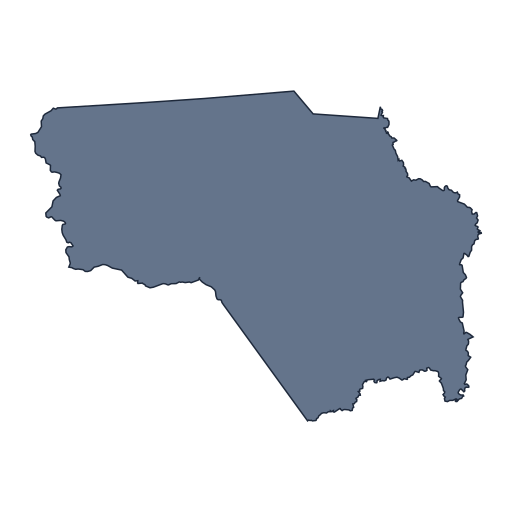 La Mesa, Veraguas, Panama (orthographic projection)
{"feature_id": "35544464B90522605165163", "entity_name": "La Mesa", "entity_type": "district", "adm_level": 2, "iso_a3": "PAN", "parent_name": "Panama", "parent_adm1": "Veraguas", "projection": "orthographic", "projection_center": [-81.193, 8.152], "detail": "fine", "context": "isolated", "style": "filled", "palette": "slate", "viewbox_px": 512, "rotation_deg": 0, "n_neighbors": 0, "source": "geoboundaries", "source_scale": "gbopen_adm2", "svg_char_len": 6033}
<svg xmlns="http://www.w3.org/2000/svg" viewBox="0 0 512 512"><path d="M65.5,223.4L65.1,224.0L62.9,224.4L62.3,225.4L61.8,229.3L62.2,232.6L63.2,235.3L65.9,239.7L66.8,242.2L68.2,242.8L69.4,242.2L70.9,242.7L73.0,245.8L72.8,246.3L71.7,246.9L69.0,246.6L67.4,247.0L65.8,249.8L66.0,252.6L69.0,256.9L69.3,259.6L70.2,262.7L70.2,263.7L68.8,267.1L72.0,267.7L73.3,268.5L75.7,269.3L78.1,269.0L83.1,269.7L85.2,271.4L87.6,271.5L90.7,270.6L94.2,267.1L98.1,266.3L102.7,264.5L105.3,264.7L107.6,265.5L112.3,268.1L121.6,270.1L127.9,277.2L131.7,278.3L135.1,281.0L137.8,280.7L137.6,283.0L138.0,283.5L142.5,283.1L143.0,283.7L145.0,284.7L145.5,285.9L150.0,287.8L153.4,287.2L163.0,283.6L165.3,283.8L167.6,284.8L168.6,284.9L171.1,283.7L176.1,283.6L179.3,281.9L180.5,282.3L182.3,282.0L185.2,282.6L189.4,282.0L191.1,282.7L198.4,280.0L199.4,277.8L200.0,277.4L199.4,278.3L199.4,279.1L202.2,282.0L206.1,284.7L211.3,286.8L214.7,289.9L215.5,291.6L216.0,296.0L217.0,298.9L218.1,299.7L220.1,299.7L221.3,300.3L222.0,302.6L223.8,305.2L307.6,420.9L308.5,420.1L310.1,420.5L311.3,420.3L312.4,420.9L315.8,420.5L316.3,420.0L316.6,418.6L318.0,417.8L318.9,415.7L320.5,414.6L321.4,413.4L323.8,412.7L326.5,413.0L328.4,411.7L330.1,411.7L330.3,410.8L331.2,411.7L333.4,410.6L333.3,411.9L334.4,412.1L339.8,408.5L340.3,408.6L340.5,409.3L342.1,410.6L343.5,409.7L344.7,409.5L348.9,409.9L350.3,410.8L352.2,410.4L352.6,408.1L353.7,407.3L352.8,403.9L354.3,403.7L355.3,402.1L356.6,401.6L356.9,399.8L356.0,398.8L356.0,398.3L358.0,397.0L358.8,395.2L360.3,395.2L360.1,393.9L358.3,391.5L359.9,391.1L359.6,389.8L360.0,389.1L362.6,388.4L362.9,386.6L362.5,384.7L364.2,381.7L364.9,381.4L366.5,381.6L366.8,380.9L365.6,380.8L365.5,380.4L368.3,379.7L373.7,379.2L374.4,380.0L373.9,381.1L374.3,382.0L374.9,382.6L376.5,382.8L376.9,382.6L377.1,380.7L378.9,379.5L380.3,379.3L380.0,381.3L382.6,380.6L384.1,380.9L385.9,380.2L386.6,377.9L387.9,377.0L388.7,377.4L390.0,379.1L394.3,377.7L397.0,377.2L399.2,378.1L401.8,380.0L402.6,379.9L404.1,378.7L407.1,379.4L407.4,379.2L407.4,377.5L409.5,377.2L410.9,375.8L412.8,374.9L414.9,371.5L415.6,371.4L418.9,372.4L419.7,370.2L421.0,369.9L422.6,370.0L424.4,371.2L425.8,371.1L427.0,370.3L426.7,368.2L428.5,367.5L429.5,368.1L430.6,370.0L433.3,370.7L435.2,370.7L437.5,371.4L438.3,372.0L438.7,373.5L438.6,376.3L441.4,378.5L441.2,379.2L439.5,380.6L439.4,381.1L441.4,383.2L443.3,388.3L443.5,390.6L444.7,391.7L444.6,392.9L443.0,394.6L444.3,396.5L445.3,397.1L444.4,398.6L445.0,401.1L447.5,401.6L449.7,400.4L452.7,400.4L455.9,398.9L456.6,399.0L457.2,399.7L455.6,400.0L455.3,401.0L456.0,401.6L457.0,401.5L459.4,398.9L461.6,398.4L462.6,396.5L463.7,396.0L463.2,395.0L460.6,395.0L458.4,393.5L458.2,392.2L459.6,389.8L460.4,389.1L461.2,389.1L463.9,391.8L464.8,390.9L464.6,389.1L465.2,387.7L466.2,387.2L468.3,387.3L468.9,387.0L468.7,385.8L467.3,384.3L466.6,384.0L464.9,384.4L464.3,383.7L466.2,379.8L465.8,375.0L467.8,369.7L465.8,367.1L465.4,365.9L466.1,364.8L466.7,362.1L468.3,360.6L470.7,357.2L468.2,355.6L468.3,352.8L467.5,351.3L466.0,350.4L465.9,349.5L466.9,345.7L468.2,344.4L468.5,343.4L468.6,341.1L467.8,339.4L473.1,336.9L469.9,334.3L466.5,332.4L465.8,332.4L464.3,333.8L463.8,333.8L463.7,332.9L464.1,331.1L462.3,323.0L460.4,322.0L458.7,318.9L458.5,317.8L459.0,317.4L462.2,317.3L463.0,316.9L463.5,312.3L462.5,302.2L462.6,300.3L460.4,296.7L460.7,295.5L462.7,292.8L460.4,289.2L460.6,283.2L461.1,282.4L463.0,281.6L463.9,279.9L466.0,278.4L466.5,277.5L465.4,274.8L463.3,272.5L462.1,265.3L461.1,264.7L459.8,264.8L459.5,264.3L461.2,259.7L463.1,257.9L463.9,253.5L464.6,253.4L466.8,255.0L468.1,256.6L468.8,256.4L470.2,252.2L471.6,250.2L471.6,246.6L472.5,244.8L474.0,243.9L474.7,240.6L476.2,239.4L478.0,239.2L478.3,238.4L477.7,236.5L478.1,234.7L478.8,234.1L481.3,233.3L481.2,232.6L480.7,232.2L479.9,232.2L478.9,232.8L478.2,232.4L478.1,231.9L479.8,230.6L477.4,229.3L477.4,228.5L478.0,227.3L477.8,226.6L475.8,225.9L475.1,225.2L475.8,223.9L477.2,222.8L478.1,220.0L476.5,218.0L477.6,215.9L476.7,212.6L475.9,212.5L474.0,214.1L472.2,214.0L471.6,211.5L472.1,209.7L470.4,207.9L469.4,207.4L467.4,207.3L464.4,204.1L457.7,201.6L457.5,200.7L459.6,197.0L459.6,194.7L458.1,194.0L457.3,192.1L455.9,192.9L454.2,192.7L453.3,192.3L451.4,190.2L449.2,189.8L447.9,188.3L447.4,186.5L446.8,185.8L446.0,185.8L444.9,186.6L444.3,187.8L444.3,190.1L443.7,190.6L442.8,190.6L439.2,188.2L437.4,186.6L431.1,186.9L430.1,185.8L429.2,183.5L425.4,181.4L423.6,181.5L422.2,179.9L420.3,178.8L418.6,178.7L415.9,180.2L413.6,179.8L411.4,181.1L409.1,177.8L406.9,177.0L406.8,176.4L407.7,175.4L407.5,173.5L406.0,171.3L406.1,170.1L405.5,168.3L405.1,168.4L404.8,167.1L403.2,166.1L403.6,164.7L403.4,162.5L401.8,160.3L399.6,161.0L399.1,160.6L398.9,159.3L398.1,160.2L397.6,156.5L395.9,153.2L395.3,150.2L394.2,149.3L392.3,145.1L393.2,144.4L392.9,143.0L393.2,142.3L394.3,142.0L395.6,141.0L396.5,140.9L396.8,140.4L394.1,138.0L391.8,138.0L391.2,136.7L389.8,136.0L388.3,133.6L387.2,133.4L388.2,132.7L388.0,132.2L387.7,131.9L386.4,132.3L385.7,131.4L385.9,130.4L385.0,129.7L385.1,128.6L384.0,128.3L384.1,127.8L385.3,127.9L386.8,127.3L387.6,127.4L389.0,124.5L389.0,121.8L388.6,120.7L387.7,119.9L387.5,118.5L383.8,117.9L383.3,117.3L383.4,115.6L382.4,115.8L381.1,115.2L382.5,112.2L381.9,111.5L382.6,110.4L382.0,109.4L380.9,109.1L380.3,106.8L377.9,118.4L313.1,113.9L293.9,91.1L204.5,98.5L146.0,102.5L57.3,107.9L56.7,108.7L55.8,109.1L53.3,108.2L51.0,110.8L45.0,114.1L43.3,115.9L42.8,118.7L41.2,121.1L41.5,126.7L37.9,132.4L35.7,133.5L31.2,134.1L30.7,134.8L31.2,136.1L32.3,137.1L32.7,139.5L34.8,141.7L35.2,146.2L35.0,151.4L35.7,153.2L37.8,155.1L40.5,156.0L41.5,157.4L43.8,157.2L44.7,157.8L45.4,159.0L46.1,162.9L49.7,164.7L50.5,165.4L50.3,170.3L51.4,171.9L52.2,172.2L54.6,171.9L57.6,172.6L59.5,173.3L61.0,174.7L60.5,178.1L59.0,181.8L58.7,183.3L59.4,185.9L60.9,187.2L61.1,188.1L60.5,188.9L58.1,189.3L57.3,190.2L60.1,194.6L60.3,195.7L56.4,197.4L53.1,200.9L51.9,206.8L45.8,213.0L46.1,216.3L46.8,217.1L48.7,217.9L51.1,216.7L51.8,216.9L54.8,220.1L55.9,220.8L60.7,220.4L63.7,221.2L65.2,222.5L65.5,223.4Z" fill="#64748b" stroke="#1e293b" stroke-width="1.5"/></svg>